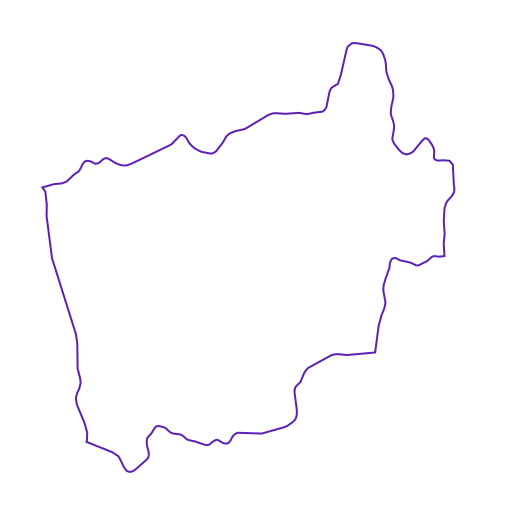 map outline of Ratchaburi (Robinson projection), rotated 354°
{"feature_id": "THA-421", "entity_name": "Ratchaburi", "entity_type": "Province", "adm_level": 1, "iso_a3": "THA", "parent_name": "Thailand", "parent_adm1": "", "projection": "robinson", "projection_center": [99.634, 13.544], "detail": "fine", "context": "isolated", "style": "outline", "palette": "violet", "viewbox_px": 512, "rotation_deg": 354, "n_neighbors": 0, "source": "natural_earth", "source_scale": "10m", "svg_char_len": 3410}
<svg xmlns="http://www.w3.org/2000/svg" viewBox="0 0 512 512"><g transform="rotate(354 256 256)"><path d="M68.1,423.2L68.4,422.9L69.7,414.2L67.9,403.9L62.3,385.0L62.0,378.2L63.9,373.5L66.4,369.3L68.3,364.0L68.3,359.2L66.8,349.5L69.1,324.4L68.7,314.7L52.9,236.8L51.9,194.5L53.3,183.1L53.2,169.9L50.7,165.5L62.7,163.4L70.4,163.5L72.7,163.0L75.7,162.0L83.1,156.3L88.5,153.2L89.6,152.1L91.4,149.4L93.1,146.5L95.2,144.4L96.7,143.8L98.6,143.7L101.3,144.6L105.9,147.5L107.9,147.4L110.0,146.7L113.0,144.5L115.0,143.4L117.1,142.9L119.3,143.8L122.0,145.7L123.1,146.7L125.6,148.6L128.5,150.3L131.4,151.6L134.9,152.3L136.7,152.4L142.1,151.1L183.3,136.3L193.0,128.3L194.5,127.8L197.0,128.7L198.2,130.1L199.2,131.6L201.2,136.1L202.0,137.5L203.9,140.0L206.0,142.3L209.9,145.1L212.7,146.7L220.8,149.2L222.6,149.5L224.7,149.0L227.4,147.6L235.3,139.2L237.9,135.3L240.1,133.0L241.8,131.9L244.3,130.8L249.0,129.6L258.1,128.6L282.8,117.1L287.8,115.9L289.7,115.9L300.4,117.7L313.8,118.1L320.5,120.1L322.2,120.2L329.1,119.5L337.2,119.4L339.4,118.0L341.5,115.5L346.4,100.0L347.5,98.1L349.0,96.4L352.3,94.8L354.9,93.6L355.5,93.3L359.3,84.8L367.5,60.7L369.1,57.3L373.8,54.4L378.0,54.8L393.1,58.9L396.3,60.3L397.6,61.1L401.1,63.9L402.4,65.8L403.6,68.7L405.0,74.6L405.2,78.1L404.9,85.1L405.0,87.2L406.7,94.9L408.6,100.2L409.2,102.6L409.6,104.9L409.4,111.0L409.1,112.9L406.5,120.6L405.0,127.3L405.0,129.2L405.3,131.3L406.0,133.9L406.8,138.1L406.9,140.1L406.8,142.2L406.0,146.0L404.0,152.8L403.8,154.6L404.4,156.7L405.3,158.9L409.2,165.3L412.0,168.5L414.1,169.9L416.5,170.7L420.0,170.1L422.1,169.2L423.7,168.1L433.6,158.5L436.1,156.6L437.8,156.9L439.7,158.3L442.5,163.5L443.7,166.5L444.2,169.3L444.1,171.2L443.4,175.2L443.2,177.1L444.2,178.9L446.6,180.1L452.4,180.4L458.3,181.5L461.3,185.6L460.2,205.7L460.4,208.7L459.8,212.9L457.9,215.8L456.4,217.5L452.5,220.9L450.6,223.3L449.9,224.8L448.4,228.5L446.4,240.9L445.9,253.8L444.0,263.2L443.4,275.8L438.1,275.8L433.1,274.7L431.1,275.1L425.7,278.9L417.0,282.2L415.5,282.3L414.1,281.9L410.1,279.4L407.5,278.2L399.1,275.4L397.6,274.6L395.2,272.9L394.1,272.4L392.9,272.5L391.8,272.8L390.7,273.2L389.7,274.6L388.4,277.0L387.4,282.0L385.3,286.1L384.2,288.8L383.2,290.5L379.9,298.3L379.4,300.7L379.0,303.6L379.9,315.6L379.2,318.5L377.8,322.1L374.5,328.3L370.6,338.5L364.4,364.4L335.9,364.0L327.1,362.1L323.2,362.1L319.9,362.8L296.1,372.8L293.7,374.9L292.7,376.1L291.8,377.3L287.0,385.9L285.9,386.9L282.3,389.7L281.3,390.9L280.6,392.6L280.2,394.5L280.1,396.6L280.5,413.5L280.1,417.5L279.6,419.3L278.9,420.9L278.2,422.2L277.1,423.4L274.7,425.3L269.2,428.3L266.3,429.2L243.1,433.2L219.5,429.9L217.5,430.4L215.0,432.0L213.6,433.5L212.5,435.0L211.7,436.4L210.7,437.6L209.5,438.7L208.1,439.4L206.2,439.4L204.1,438.8L201.6,437.1L200.1,435.8L198.6,434.8L196.8,434.7L192.6,436.8L189.8,438.7L187.8,439.0L185.1,438.3L175.4,433.8L173.5,433.3L169.2,431.8L167.7,430.7L166.5,429.5L165.6,428.3L163.2,426.2L161.9,425.5L155.0,423.9L153.6,423.2L152.3,422.3L151.2,421.3L148.2,417.8L146.9,416.9L142.2,415.1L140.4,414.9L138.7,415.2L136.8,417.1L135.4,418.8L134.3,420.4L133.3,421.6L129.9,424.5L128.9,425.8L128.3,427.3L127.9,429.2L127.8,431.3L127.8,433.4L128.7,439.4L128.7,441.3L128.5,443.2L127.9,444.7L127.1,446.0L126.0,447.0L113.5,455.9L112.0,456.7L110.4,457.3L108.6,457.6L106.8,457.2L104.8,456.0L102.5,452.0L99.0,442.3L98.1,440.7L92.7,436.2L75.6,427.2L68.1,423.2Z" fill="none" stroke="#5b21b6" stroke-width="2"/></g></svg>